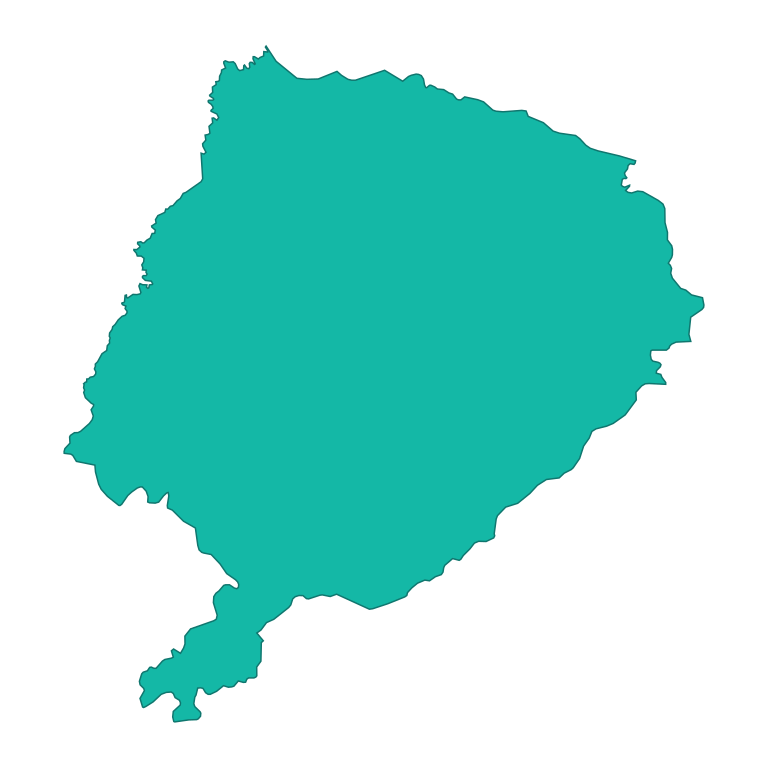 outline of Da Teh, Lâm Đồng, Vietnam
{"feature_id": "81297802B88275273163475", "entity_name": "Da Teh", "entity_type": "district", "adm_level": 2, "iso_a3": "VNM", "parent_name": "Vietnam", "parent_adm1": "Lâm Đồng", "projection": "mercator", "projection_center": [107.482, 11.563], "detail": "fine", "context": "isolated", "style": "filled", "palette": "teal", "viewbox_px": 768, "rotation_deg": 0, "n_neighbors": 0, "source": "geoboundaries", "source_scale": "gbopen_adm2", "svg_char_len": 6015}
<svg xmlns="http://www.w3.org/2000/svg" viewBox="0 0 768 768"><path d="M266.1,46.1L265.4,47.1L267.8,51.0L267.7,52.0L263.8,51.6L263.6,56.0L260.2,57.4L258.3,59.0L254.5,56.7L253.2,56.7L253.0,58.8L255.2,63.9L254.5,64.4L252.2,62.4L250.2,62.3L249.3,63.6L249.8,67.2L248.8,68.7L246.8,68.2L244.5,65.0L243.8,65.6L243.5,69.6L239.7,70.6L237.7,69.0L235.2,63.6L233.3,61.8L228.9,62.2L225.2,60.8L223.8,61.8L223.8,63.3L225.6,68.0L221.6,70.0L221.4,72.6L219.6,76.2L219.4,80.4L218.4,81.3L215.8,81.7L216.2,84.6L212.4,87.1L212.7,92.4L209.6,95.2L209.9,96.1L213.4,98.4L213.7,99.5L212.7,100.2L208.9,100.2L208.1,101.0L208.5,102.4L211.2,104.3L212.8,106.6L213.1,108.4L211.0,110.4L211.1,111.3L216.9,114.0L218.7,117.6L216.9,120.2L213.6,117.9L212.1,118.2L212.7,122.9L209.0,126.3L209.9,133.2L208.3,134.4L205.1,135.1L205.8,140.1L202.6,143.8L202.9,146.3L206.0,152.3L204.0,154.1L201.1,153.2L202.7,178.8L201.1,181.7L185.9,192.4L183.2,193.4L180.3,198.5L177.1,200.8L173.0,205.6L170.3,206.3L167.7,209.2L165.8,209.0L164.8,212.4L157.9,215.6L155.5,219.6L156.1,223.1L151.6,226.0L151.9,227.2L155.3,230.1L154.7,233.3L152.1,233.5L150.2,238.2L147.0,240.0L144.2,242.8L142.7,243.0L140.8,241.7L137.7,242.3L137.6,243.8L139.8,246.0L139.9,247.0L136.8,249.6L133.9,249.5L133.9,250.4L136.3,253.1L137.3,256.0L141.3,256.1L144.0,258.3L143.7,261.8L141.8,264.9L142.8,267.8L142.4,269.9L146.3,270.2L146.0,272.4L147.1,274.1L146.2,275.6L143.4,275.6L142.5,276.4L142.5,277.7L145.3,280.4L151.4,281.2L152.7,283.9L152.3,284.5L149.4,284.9L148.8,287.8L147.8,288.3L146.5,287.3L146.9,284.9L142.6,284.7L140.0,283.6L138.9,286.0L140.9,292.5L140.1,293.9L136.9,294.6L133.0,294.4L127.7,298.0L126.7,297.6L126.4,295.0L125.1,295.4L124.5,301.6L123.9,302.5L122.0,302.9L121.8,303.7L122.7,304.8L125.9,306.1L125.1,308.6L127.0,311.1L127.0,312.8L125.3,315.2L122.1,316.3L118.3,319.8L115.1,324.5L112.7,326.7L112.1,329.4L109.6,333.0L109.3,336.3L110.2,338.0L109.4,340.3L109.6,343.1L107.3,345.7L106.7,350.5L102.0,353.7L97.6,361.8L95.3,364.1L95.4,366.3L94.4,368.9L95.9,371.9L95.6,374.1L93.6,376.5L90.2,377.2L88.6,378.9L86.8,379.0L86.6,381.9L85.3,382.2L83.6,383.8L84.1,384.4L83.6,387.8L84.6,390.1L83.7,392.5L85.4,397.7L91.2,403.2L93.6,404.5L93.5,406.1L91.1,409.8L93.3,416.0L92.2,419.7L89.4,423.5L80.6,431.3L78.0,432.6L74.4,432.7L70.4,435.4L69.6,437.0L70.0,443.1L64.9,448.6L64.1,451.5L64.2,453.3L70.8,454.1L72.8,455.4L76.4,461.4L94.9,465.1L95.5,472.0L98.7,484.2L101.2,489.3L107.4,496.3L118.8,505.4L120.0,505.5L121.7,504.3L127.8,495.5L131.7,492.0L137.3,488.0L140.3,486.9L142.4,487.0L146.2,491.2L148.1,496.6L147.7,502.0L149.5,502.8L155.2,503.1L158.7,502.1L163.5,495.9L166.7,492.9L168.2,492.5L168.8,495.9L167.3,505.6L167.6,508.0L172.3,510.1L183.6,521.3L195.4,528.0L197.8,545.4L199.1,549.9L201.7,552.3L203.6,553.0L211.2,554.5L220.1,564.0L226.7,573.6L235.5,579.7L237.7,582.0L238.7,584.5L238.4,587.4L236.8,588.7L234.4,588.1L229.5,584.8L225.6,584.8L223.7,585.4L219.0,590.9L215.9,593.3L213.8,596.6L213.4,602.7L217.2,615.2L216.3,619.2L213.7,620.8L190.6,628.9L184.9,636.1L185.0,644.0L183.6,648.0L180.5,653.3L173.6,649.0L171.4,650.8L173.3,657.1L171.6,658.1L164.8,659.5L162.4,661.1L156.1,668.3L153.9,668.3L151.3,667.1L149.7,667.4L147.4,670.8L143.2,672.2L141.7,673.9L139.4,681.3L140.1,684.8L143.7,688.4L144.4,690.6L140.0,698.4L142.6,707.0L143.6,707.5L145.8,706.5L153.1,701.9L161.2,694.3L166.2,692.4L171.2,692.0L173.3,693.5L175.1,697.6L179.5,700.3L180.5,702.9L180.2,705.1L173.3,711.4L172.7,716.9L173.8,721.5L174.8,721.9L188.7,719.9L196.7,719.6L198.2,718.9L200.5,716.3L200.8,713.2L200.2,711.9L194.8,706.6L193.8,703.7L194.8,697.2L196.0,695.1L197.7,688.1L200.6,687.8L203.0,688.4L205.6,692.7L208.1,694.3L210.3,694.3L216.6,691.3L223.5,685.7L228.4,687.2L231.7,686.9L233.9,686.2L238.3,681.0L243.4,682.4L245.6,682.2L246.8,679.2L248.6,677.9L254.0,677.9L255.8,677.1L256.8,675.8L256.7,667.0L260.9,661.2L261.3,642.6L263.3,640.8L256.8,633.0L261.0,630.0L266.5,622.6L273.8,619.3L288.7,607.5L290.8,604.9L292.7,598.9L295.2,596.7L298.9,595.5L303.0,595.6L306.4,598.6L308.6,598.9L319.9,595.2L322.3,594.9L330.2,596.5L336.6,594.2L369.4,609.2L372.8,608.7L387.9,603.7L404.8,596.9L406.8,595.5L407.5,592.6L411.8,587.9L417.5,583.2L424.8,580.1L429.5,580.8L435.4,576.7L441.3,574.6L443.0,572.1L443.7,567.7L444.8,565.3L452.6,558.6L459.2,560.3L460.8,559.3L463.3,555.5L469.9,548.9L474.4,543.1L478.6,541.3L486.1,541.5L493.7,537.9L494.7,535.8L494.2,533.8L496.2,518.9L497.5,515.6L505.7,507.1L517.7,503.3L530.0,493.3L537.4,485.3L546.4,479.5L559.2,477.9L564.1,473.2L571.2,469.6L573.2,467.8L579.6,458.5L583.6,446.1L589.2,438.1L591.9,431.4L596.1,428.8L606.8,426.1L613.2,423.4L625.2,414.9L636.3,399.9L635.9,392.3L641.6,385.9L645.2,383.8L649.1,383.5L665.7,384.3L665.7,382.5L661.9,377.3L660.8,374.4L656.3,373.2L656.5,370.7L660.3,366.8L661.0,364.7L659.9,363.2L658.1,362.3L652.8,361.1L651.2,359.3L650.4,355.1L650.8,350.9L652.2,350.1L666.4,350.1L669.0,348.1L669.7,346.1L671.5,344.2L676.1,342.1L690.8,341.4L688.9,334.3L690.7,317.2L701.9,309.5L703.6,307.4L703.9,305.0L702.5,297.7L691.5,294.9L685.8,290.1L680.7,288.4L672.4,278.2L670.7,273.2L671.6,268.5L670.3,265.3L668.3,263.2L671.7,257.4L672.4,254.8L672.5,249.3L671.7,245.7L667.4,239.9L667.5,232.4L665.0,222.6L664.8,208.6L663.0,204.1L658.4,200.5L642.8,191.7L637.6,191.1L631.6,193.0L627.9,192.3L625.6,190.5L629.5,186.3L629.6,185.2L624.8,187.2L622.4,186.3L621.3,185.0L622.3,179.3L624.1,178.4L625.9,178.6L626.8,177.8L625.1,175.5L624.5,172.9L627.5,168.9L628.1,165.5L630.1,163.7L634.0,164.4L635.1,163.1L635.6,160.8L619.3,155.9L598.1,150.9L590.3,148.3L585.8,145.2L580.0,138.9L575.6,135.5L559.5,133.2L553.1,131.1L543.4,122.7L528.2,116.4L526.1,111.0L521.8,110.4L503.0,111.8L496.0,111.2L492.8,110.1L483.6,101.9L477.7,99.7L464.7,96.9L460.9,99.9L458.6,99.9L456.6,99.1L452.6,94.1L448.9,92.9L443.7,89.6L437.4,89.0L434.8,87.0L430.8,85.2L429.5,85.3L426.7,87.7L425.7,87.5L424.5,84.9L423.5,79.1L421.3,75.6L418.6,74.4L416.1,74.1L411.2,75.3L408.5,76.5L402.7,81.2L384.6,70.3L355.5,80.2L351.6,80.2L347.9,79.3L341.6,75.4L337.0,71.4L318.2,79.0L306.8,79.3L296.9,78.3L276.1,61.3L266.1,46.1Z" fill="#14b8a6" stroke="#0f766e" stroke-width="1.5"/></svg>